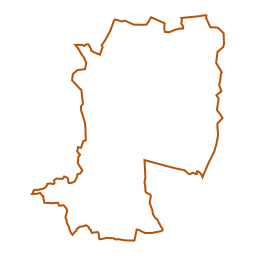 outline of Dutsin Ma, Katsina, Nigeria
{"feature_id": "59680162B60516342630503", "entity_name": "Dutsin Ma", "entity_type": "district", "adm_level": 2, "iso_a3": "NGA", "parent_name": "Nigeria", "parent_adm1": "Katsina", "projection": "natural_earth1", "projection_center": [7.474, 12.411], "detail": "fine", "context": "isolated", "style": "outline", "palette": "amber", "viewbox_px": 256, "rotation_deg": 0, "n_neighbors": 0, "source": "geoboundaries", "source_scale": "gbopen_adm2", "svg_char_len": 2803}
<svg xmlns="http://www.w3.org/2000/svg" viewBox="0 0 256 256"><path d="M202.5,177.2L208.8,162.3L211.4,157.4L214.3,151.4L216.6,143.3L218.1,134.7L217.4,127.1L217.5,123.4L222.5,118.1L220.0,113.9L216.9,110.1L218.7,98.7L216.4,95.2L221.3,91.3L221.1,90.3L219.1,84.9L220.3,80.2L220.8,74.7L221.1,73.2L221.8,72.3L216.1,62.8L217.6,51.6L218.1,51.5L223.2,47.0L223.3,46.7L224.0,43.8L223.6,33.2L218.2,28.0L215.6,27.4L210.3,27.3L206.2,18.1L206.4,15.4L203.3,15.4L200.1,16.1L195.6,16.6L181.3,18.0L181.9,19.3L181.7,21.6L181.2,22.8L181.4,23.9L182.6,25.2L183.2,28.0L183.2,28.5L179.6,28.6L174.1,30.1L169.4,32.2L165.1,32.0L164.2,29.0L164.6,23.3L151.1,17.3L146.7,24.5L143.4,24.8L133.6,24.6L124.8,20.6L122.0,21.5L116.5,19.8L114.8,19.5L114.5,20.0L113.7,21.4L110.3,30.8L105.5,39.6L101.7,45.4L102.6,47.1L99.9,54.7L93.8,52.2L91.0,50.4L91.0,48.9L88.3,44.3L86.7,44.3L84.0,45.9L82.4,44.9L75.3,44.9L78.9,49.5L81.0,53.5L84.1,57.7L86.3,63.0L85.0,69.2L77.6,70.0L72.8,74.1L72.1,80.4L80.4,89.3L81.3,89.7L82.9,103.0L82.6,104.4L81.0,106.4L81.1,110.3L84.7,121.7L85.4,127.3L85.8,140.4L83.4,141.0L81.0,147.8L78.0,147.1L77.2,151.5L80.1,154.8L78.6,156.5L78.2,158.3L78.2,159.8L77.7,163.0L82.3,170.4L80.5,173.3L78.6,173.9L77.5,174.3L76.7,177.7L74.6,181.5L72.0,182.7L68.9,183.1L68.2,181.8L68.2,179.6L67.6,177.9L64.2,176.5L62.6,178.9L56.4,178.6L54.1,180.2L54.5,183.1L53.6,184.0L50.3,183.5L47.3,183.8L46.7,185.7L45.2,187.6L42.6,188.9L39.4,189.5L37.5,190.0L36.1,189.8L34.6,189.7L33.5,190.7L33.2,191.8L32.8,193.0L32.0,193.9L33.4,194.0L34.5,193.8L35.5,193.9L36.4,193.8L37.6,193.6L38.9,193.2L40.4,193.1L41.3,194.6L42.6,195.8L43.4,196.2L43.3,197.5L43.5,198.7L44.0,200.5L44.1,201.7L44.5,202.8L52.3,203.2L58.0,202.7L59.1,205.7L60.9,205.7L62.8,205.1L64.2,205.8L66.3,208.3L67.2,210.8L66.2,214.6L65.8,215.6L65.5,217.2L65.8,218.7L66.3,219.5L66.5,220.4L66.7,221.6L67.2,223.6L68.9,226.7L69.3,228.6L70.1,231.0L71.1,233.0L72.5,234.8L74.3,232.5L76.2,230.9L76.8,229.1L79.4,227.0L80.8,226.6L83.3,226.3L85.3,225.4L86.6,225.5L87.3,226.0L88.8,227.2L89.3,229.0L90.8,229.8L90.9,231.0L91.9,232.9L95.2,232.3L97.8,232.1L98.5,233.0L98.9,234.7L98.9,237.0L99.4,239.1L101.1,239.1L104.4,238.4L106.5,237.9L108.6,237.9L110.2,238.1L111.0,238.1L111.6,238.1L112.2,238.2L114.3,238.5L115.0,239.3L116.9,239.5L118.0,239.0L119.5,239.4L125.5,240.4L134.4,240.6L136.7,229.6L138.7,229.9L144.9,233.0L152.3,232.9L160.9,231.2L162.3,230.5L162.7,229.3L160.5,225.9L159.6,223.8L158.8,222.7L157.3,219.4L155.0,217.7L153.0,214.2L152.3,210.1L149.6,202.7L150.1,199.7L150.9,196.2L150.3,194.6L146.7,192.8L145.5,191.7L145.2,186.0L144.5,182.6L144.9,179.8L145.1,178.5L145.4,177.5L144.5,160.1L167.5,166.3L176.2,168.5L184.5,170.2L188.2,173.6L189.9,174.3L192.5,172.7L195.5,173.9L196.9,173.9L196.6,172.4L196.9,171.4L198.4,171.5L200.3,173.2L201.5,174.8L202.5,177.2Z" fill="none" stroke="#b45309" stroke-width="2"/></svg>